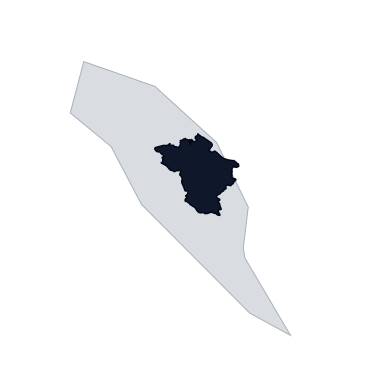 Ngerutchei, Ngeremlengui, Palau (highlighted), rotated 127°
{"feature_id": "81905179B75346360802885", "entity_name": "Ngerutchei", "entity_type": "district", "adm_level": 2, "iso_a3": "PLW", "parent_name": "Palau", "parent_adm1": "Ngeremlengui", "projection": "natural_earth1", "projection_center": [134.542, 7.526], "detail": "fine", "context": "in_parent", "style": "filled", "palette": "ink", "viewbox_px": 384, "rotation_deg": 127, "n_neighbors": 0, "source": "geoboundaries", "source_scale": "gbopen_adm2", "svg_char_len": 5475}
<svg xmlns="http://www.w3.org/2000/svg" viewBox="0 0 384 384"><g transform="rotate(127 192 192)"><path d="M202.1,336.8L153.0,356.9L130.0,285.1L137.7,201.9L170.2,138.0L205.6,117.5L212.8,110.2L247.2,27.1L254.0,72.9L232.3,224.9L204.4,284.0L202.1,336.8Z" fill="#d9dde1" stroke="#a8b0b8" stroke-width="1"/><path d="M203.7,191.8L202.5,190.3L202.8,188.8L202.5,187.0L203.1,186.3L202.8,181.7L202.5,180.5L203.2,178.7L203.4,178.1L203.9,176.8L204.2,175.2L204.2,174.1L203.7,173.0L203.0,171.9L202.6,171.7L202.2,171.5L201.9,171.2L201.6,170.6L201.6,169.6L201.4,168.9L201.3,168.3L201.1,168.0L200.6,167.8L200.0,166.8L197.7,165.4L196.7,164.6L196.2,163.7L196.0,163.1L195.8,162.1L195.7,161.6L195.1,160.6L194.8,159.5L195.0,158.7L194.8,157.3L194.3,156.3L193.9,155.8L193.3,156.1L191.7,159.4L190.8,159.9L189.7,159.6L188.9,158.7L188.1,158.4L187.7,158.9L186.1,161.5L184.6,163.1L184.4,163.6L184.5,164.5L183.2,165.8L182.9,165.5L182.2,165.0L181.6,165.0L181.1,165.8L181.5,167.0L181.5,168.5L181.2,169.6L180.3,169.9L178.8,169.7L176.7,168.6L175.3,168.6L173.4,168.1L172.2,167.5L171.6,167.6L170.9,167.6L169.8,167.4L169.2,166.9L168.7,166.9L167.6,168.1L166.0,168.6L165.7,168.5L165.3,168.2L165.0,167.5L163.6,164.9L162.1,164.8L161.3,164.6L160.7,164.2L160.0,164.4L159.3,164.4L158.5,164.6L156.4,164.3L155.9,164.3L155.7,164.4L155.6,164.6L155.7,164.8L155.6,165.0L155.5,165.3L155.5,165.5L155.7,166.0L156.0,166.2L156.3,166.3L156.3,166.5L156.4,166.9L156.4,167.0L156.3,167.4L156.4,167.5L156.3,167.8L156.3,168.1L156.4,168.3L156.3,168.7L156.2,168.9L156.0,169.1L155.9,169.2L155.7,169.3L155.6,169.5L155.4,169.6L155.2,169.7L155.2,169.8L155.0,170.0L155.0,169.9L154.8,170.0L154.7,170.1L154.4,170.2L154.2,170.4L154.2,170.6L154.0,170.9L153.9,171.1L153.9,171.3L153.8,171.6L153.6,171.8L153.6,171.7L153.5,171.4L153.3,171.5L153.2,171.4L152.8,171.5L152.7,171.6L152.4,171.8L152.2,172.2L152.0,172.5L151.9,172.4L151.8,172.2L151.7,172.2L151.6,172.3L151.4,172.3L151.2,172.6L151.0,172.9L150.8,173.1L150.6,173.4L150.4,173.4L150.1,173.6L149.7,173.8L149.4,173.9L148.9,174.3L148.7,174.3L148.4,174.3L148.2,174.4L148.0,174.2L147.8,174.3L147.6,174.3L147.4,174.4L146.9,174.4L147.0,174.3L146.9,174.1L146.8,173.9L146.7,173.9L146.6,173.7L146.4,173.5L146.3,173.4L146.4,173.1L146.4,172.9L146.2,172.7L145.9,172.1L145.6,171.4L145.4,171.3L145.2,171.3L144.9,171.2L144.9,170.9L144.7,170.8L144.5,170.7L144.4,170.7L144.1,170.5L143.8,170.5L143.7,170.4L143.6,170.2L143.3,170.2L143.2,170.2L143.0,170.4L142.9,170.8L142.7,170.9L142.6,171.1L142.3,171.2L142.0,171.4L141.7,172.2L141.7,172.3L141.8,172.5L142.0,172.5L141.9,172.5L141.9,172.8L142.0,173.0L142.0,173.5L142.0,173.8L141.9,174.0L141.8,174.5L141.6,174.8L141.7,175.1L141.8,175.4L142.1,175.6L142.1,175.8L141.9,176.2L141.7,176.3L141.7,177.0L141.6,177.3L141.8,177.4L143.0,179.4L144.6,182.5L146.1,186.5L146.2,190.3L145.6,195.5L145.6,198.3L146.9,199.3L148.4,199.7L148.5,203.7L142.9,203.7L142.2,204.2L141.2,205.8L141.6,216.3L142.2,216.9L142.1,222.2L142.3,222.2L142.5,222.1L142.7,221.9L143.5,221.7L144.4,222.0L145.1,222.4L145.5,222.5L146.3,222.4L146.6,222.2L146.8,222.1L147.0,221.9L147.1,221.7L147.3,221.4L147.7,219.7L147.8,219.4L148.0,219.2L148.5,219.1L149.2,219.6L149.4,219.8L149.6,219.8L150.2,220.5L150.4,220.7L150.5,220.8L150.6,221.0L150.7,221.4L150.7,222.0L150.7,222.6L150.6,222.8L150.5,223.1L150.8,223.2L151.0,223.2L151.7,222.6L152.0,222.5L152.3,222.6L152.6,222.8L152.9,223.3L153.0,223.4L153.3,223.2L153.9,222.7L154.8,222.0L154.9,221.7L155.1,221.3L155.1,221.7L155.1,221.8L154.9,222.0L153.7,223.1L153.2,223.5L152.9,223.5L152.6,223.2L152.3,222.7L152.2,222.7L151.9,222.7L151.3,223.1L151.2,223.2L150.9,223.4L150.5,223.5L150.4,223.6L150.3,223.8L150.6,224.0L151.0,224.2L151.5,224.3L151.8,224.5L151.8,225.3L151.8,225.6L152.0,225.7L152.4,225.2L152.6,225.0L153.0,224.9L153.1,225.0L153.2,225.3L153.0,226.0L153.0,227.2L153.5,228.7L153.5,229.1L153.3,229.4L153.4,229.6L153.5,229.6L153.9,229.6L154.2,229.4L154.4,229.4L154.7,229.6L154.6,230.0L154.5,230.4L154.6,230.5L154.8,230.6L155.3,230.5L155.6,230.6L156.1,230.9L156.8,231.1L157.4,231.1L157.5,231.3L157.4,231.8L157.6,232.1L157.9,232.2L158.0,231.9L158.0,231.5L158.2,231.1L158.4,231.1L158.7,231.2L159.3,231.3L159.5,231.4L160.2,230.3L160.7,230.1L162.6,229.5L164.1,229.6L165.2,230.0L165.4,230.5L165.2,230.9L165.1,231.4L166.3,233.1L166.0,234.3L165.9,234.9L166.3,235.7L167.2,236.4L167.6,237.2L167.6,237.8L167.2,238.1L166.8,238.4L167.0,239.1L167.9,239.0L168.8,239.2L170.5,240.7L171.9,242.8L178.4,247.9L178.9,248.0L179.4,248.0L179.8,247.8L180.3,247.3L180.7,245.8L180.8,245.6L180.8,244.6L180.5,243.4L179.9,242.8L179.5,242.1L179.5,241.6L180.0,239.2L179.8,237.1L180.6,235.8L181.1,235.8L181.4,236.1L181.7,236.5L182.0,236.7L182.6,236.4L182.8,236.1L183.2,235.2L184.0,234.5L185.3,234.0L186.3,233.7L187.2,234.0L187.2,233.2L186.7,230.4L186.5,228.4L186.6,227.2L187.0,225.2L187.4,224.0L187.5,223.3L187.5,222.8L187.4,222.0L186.7,220.3L186.2,219.1L186.4,218.7L186.2,218.1L185.8,217.9L185.1,218.0L184.9,217.8L183.4,216.0L182.5,215.3L182.1,213.8L182.5,213.2L182.9,213.0L183.8,213.0L185.2,212.4L185.8,211.8L185.9,210.8L185.9,210.1L186.1,209.4L186.6,209.0L186.8,208.2L187.7,207.5L189.4,206.8L190.7,205.7L193.0,201.7L194.8,198.9L195.0,198.3L195.2,197.9L193.8,196.2L193.9,195.8L194.2,195.3L195.0,194.9L196.5,194.3L196.9,194.4L197.1,194.5L197.3,194.3L197.3,194.0L197.5,193.8L198.0,194.0L198.2,194.4L198.4,194.6L198.7,194.8L199.0,194.5L199.4,193.4L200.0,192.5L200.7,192.7L201.2,193.0L202.2,192.9L203.0,192.4L203.3,192.0L203.5,191.7L203.7,191.8Z" fill="#0f172a" stroke="#020617" stroke-width="1.5"/></g></svg>